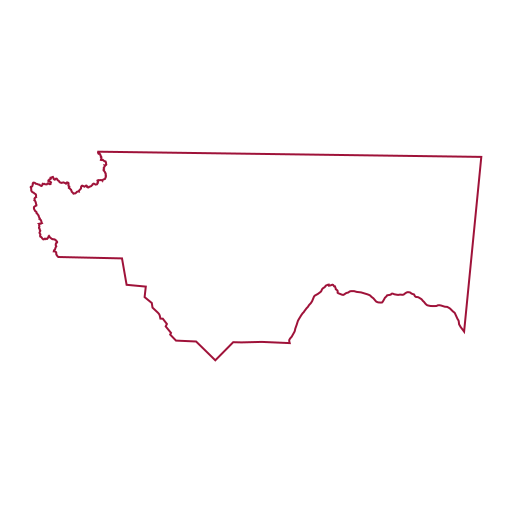 Cushamen, Chubut, Argentina
{"feature_id": "61730980B86195124517763", "entity_name": "Cushamen", "entity_type": "district", "adm_level": 2, "iso_a3": "ARG", "parent_name": "Argentina", "parent_adm1": "Chubut", "projection": "orthographic", "projection_center": [-71.733, -42.473], "detail": "fine", "context": "isolated", "style": "outline", "palette": "rose", "viewbox_px": 512, "rotation_deg": 0, "n_neighbors": 0, "source": "geoboundaries", "source_scale": "gbopen_adm2", "svg_char_len": 5841}
<svg xmlns="http://www.w3.org/2000/svg" viewBox="0 0 512 512"><path d="M98.2,151.7L98.0,152.3L98.3,153.4L98.6,153.8L98.8,153.8L99.3,153.5L100.1,154.2L100.3,154.6L100.3,155.1L100.7,155.7L100.8,156.9L101.3,156.9L101.4,157.2L101.4,158.7L101.0,159.3L100.9,159.9L101.1,159.9L101.3,159.6L101.5,160.0L101.8,160.1L102.9,159.9L103.6,160.6L104.8,161.4L105.5,161.4L105.8,162.0L106.1,163.1L106.0,164.0L106.3,164.6L106.2,164.8L105.4,165.3L105.2,165.6L104.6,165.4L104.8,166.1L104.6,166.6L103.8,167.6L103.7,168.1L103.8,168.6L104.1,169.0L103.5,169.9L103.6,170.4L104.0,170.6L104.2,171.1L104.8,171.8L104.9,172.2L105.4,172.9L105.4,173.5L105.8,173.9L105.8,174.4L105.7,174.7L105.6,175.2L106.0,175.8L105.9,176.5L105.6,176.9L105.7,177.4L105.4,177.8L105.1,178.8L104.9,179.0L103.6,179.4L102.9,179.8L102.6,180.0L102.5,180.4L102.3,180.1L101.9,180.1L101.4,180.3L100.9,180.0L100.0,180.2L98.3,180.1L97.7,180.4L98.0,180.7L97.9,181.1L98.1,181.8L98.0,182.1L97.6,182.3L97.8,182.6L97.8,183.1L97.3,183.7L97.1,184.2L97.0,184.3L95.5,184.6L94.5,183.9L94.0,183.7L93.4,183.7L92.6,184.3L92.4,185.0L91.7,185.5L91.2,186.1L90.3,186.5L89.1,186.8L88.9,187.2L88.3,187.5L87.8,187.4L87.1,187.0L87.1,186.3L86.5,185.6L86.0,185.6L84.5,186.7L83.8,186.4L83.5,186.1L82.9,186.1L82.5,185.7L81.8,185.8L81.7,186.1L81.2,186.5L81.0,187.6L81.0,187.9L81.0,188.5L78.8,190.9L78.9,191.5L78.5,191.4L77.2,191.7L76.8,191.9L76.6,192.2L75.7,193.1L75.2,193.4L74.2,193.4L73.6,193.7L73.3,193.5L73.2,193.1L71.7,191.7L71.5,190.8L71.2,190.3L71.1,189.7L70.3,189.2L70.0,188.6L69.8,188.4L69.0,188.1L68.8,187.9L68.9,187.6L69.4,186.6L69.3,186.4L68.5,185.9L68.4,185.6L68.4,184.7L68.6,184.2L68.5,183.1L68.3,182.8L67.1,182.4L66.7,183.1L66.3,183.6L66.0,183.7L65.9,183.6L65.8,183.3L65.6,183.1L65.1,183.1L63.7,182.5L63.3,182.4L62.6,182.7L62.0,182.7L61.5,182.9L60.6,182.6L60.3,182.6L59.3,181.8L59.2,181.4L58.8,180.9L57.6,180.2L57.3,179.4L56.7,178.7L56.4,178.6L55.8,178.7L55.5,178.9L54.8,179.7L54.0,179.3L53.5,178.7L53.5,178.0L53.2,177.7L52.9,176.9L52.4,177.0L51.5,177.5L50.5,177.7L50.5,177.9L51.0,178.2L50.9,178.6L50.5,179.2L50.2,179.3L49.4,179.4L48.9,180.1L48.5,180.3L48.3,180.9L50.7,182.0L51.0,182.4L50.6,183.3L50.5,184.1L49.7,184.2L49.1,184.0L48.4,183.4L48.0,183.3L47.6,183.4L46.8,184.4L45.1,184.3L44.3,183.8L43.8,183.8L43.0,184.3L42.6,184.0L42.2,185.1L41.7,185.9L41.4,186.0L40.5,185.6L39.8,185.1L39.5,184.7L38.9,184.7L36.9,183.9L35.6,183.7L35.3,183.2L34.7,182.8L33.5,182.6L33.2,182.7L32.8,183.3L32.9,183.7L32.7,184.0L32.8,184.5L32.6,184.8L32.6,185.0L32.5,185.6L32.2,186.3L31.8,186.6L30.8,186.8L30.7,187.3L31.1,187.9L31.2,188.3L31.1,188.9L31.3,189.6L31.2,190.3L31.4,190.9L32.2,192.0L32.7,192.3L33.7,192.7L34.1,193.2L35.1,193.9L35.4,194.0L35.9,194.5L36.1,195.8L35.9,196.7L36.1,197.1L34.8,198.0L34.7,198.4L34.4,198.9L34.7,199.9L34.5,200.3L34.8,200.4L35.6,201.9L35.6,202.2L35.9,202.9L36.0,203.9L36.4,204.7L36.4,205.5L35.2,206.1L34.2,206.8L34.0,207.1L34.0,208.0L33.9,208.1L34.0,208.6L34.2,209.4L35.0,210.6L35.1,211.0L36.3,211.8L36.5,212.6L36.5,213.0L36.6,213.3L37.1,213.5L37.6,214.2L37.9,214.7L38.6,215.5L38.8,216.6L39.5,218.0L39.8,218.4L39.5,218.9L40.0,219.1L40.2,219.6L40.9,220.1L41.4,221.5L41.6,222.6L41.9,223.1L41.1,223.3L40.8,223.7L39.9,223.6L39.0,223.8L39.2,224.0L39.3,224.5L39.1,225.7L39.4,226.5L39.3,227.1L39.0,227.5L39.0,227.9L39.2,228.5L39.8,229.2L39.7,229.9L40.3,230.8L39.5,232.6L39.7,233.4L40.4,234.3L40.1,235.7L40.2,236.5L40.6,236.8L40.9,236.8L41.6,237.4L42.3,238.5L43.3,239.4L44.0,239.3L44.5,238.8L44.9,238.6L45.4,238.7L45.8,239.1L46.5,238.7L47.1,238.9L48.1,237.7L48.1,237.4L48.5,236.9L48.6,236.3L49.0,235.9L49.3,236.3L49.6,236.9L49.7,237.0L49.9,237.3L51.8,238.9L52.4,239.0L52.9,239.3L54.0,239.2L54.5,239.6L55.0,239.6L55.9,240.3L56.3,241.0L56.9,241.4L57.1,241.7L57.1,242.5L56.1,243.1L55.9,243.4L55.9,244.2L55.7,244.6L55.7,245.2L56.3,246.3L55.6,247.4L55.0,249.4L54.3,250.0L54.0,250.4L53.8,251.3L54.6,251.3L56.1,252.2L56.3,253.0L56.2,253.5L56.3,253.9L56.3,254.4L56.6,254.7L56.7,255.2L57.5,256.2L58.3,257.0L122.0,258.4L126.6,284.8L145.8,286.6L144.6,297.1L151.8,303.0L152.5,307.6L158.0,312.8L159.1,314.1L159.7,315.4L160.4,318.6L162.8,318.7L166.9,324.0L165.7,326.4L171.0,332.9L170.2,334.6L176.0,340.6L196.1,341.5L215.3,360.3L233.2,342.2L241.5,342.4L261.9,341.9L289.7,343.1L289.3,341.5L289.2,340.7L289.3,339.9L290.1,338.5L291.7,336.7L294.5,331.7L294.8,330.9L295.3,328.6L296.7,324.7L297.9,320.9L298.7,319.4L301.2,315.3L302.6,313.3L303.8,312.1L304.2,311.4L306.6,308.2L307.8,307.0L309.1,305.0L310.8,303.2L312.1,301.2L314.0,296.6L314.7,295.7L317.9,293.9L320.2,292.2L321.1,291.4L322.1,289.2L322.9,288.3L324.3,287.4L325.2,286.6L325.7,285.7L328.0,284.7L328.8,284.6L329.0,285.7L330.5,285.4L332.4,284.7L333.2,285.0L334.1,286.3L334.9,286.3L335.7,288.5L335.8,289.3L336.5,289.7L337.4,290.5L337.7,291.2L337.6,291.9L337.6,292.7L338.2,293.2L340.5,294.1L342.0,294.7L343.2,294.9L344.3,294.4L345.6,293.4L346.7,292.9L348.3,292.5L349.6,291.5L351.1,291.1L354.0,291.1L356.7,291.9L361.1,292.4L367.4,294.3L369.2,295.0L370.3,295.6L371.4,296.8L373.4,298.3L376.0,301.4L376.6,301.8L378.2,302.4L381.0,302.6L382.2,302.4L383.1,301.1L384.5,298.6L384.9,297.8L386.6,296.2L386.9,295.5L387.7,295.2L389.7,294.9L390.8,294.6L391.4,293.9L392.0,293.6L392.9,293.7L394.4,294.3L397.2,294.8L398.4,294.9L400.0,294.6L402.4,294.8L403.2,294.7L403.9,294.4L405.5,293.1L406.6,292.5L407.4,292.2L408.6,292.2L409.8,292.4L410.5,292.7L411.1,293.3L411.8,293.7L414.1,294.5L414.8,296.0L415.4,296.6L416.1,297.0L417.7,297.1L418.4,297.3L421.2,299.0L421.8,299.5L422.8,300.8L424.0,301.9L425.5,303.8L426.7,304.9L427.4,305.3L429.0,305.7L430.6,306.0L433.9,306.1L436.3,306.0L437.1,305.7L437.8,305.3L439.3,305.2L441.0,305.5L444.8,306.7L447.2,306.9L448.7,307.7L450.1,308.6L452.9,311.4L454.2,312.4L454.8,313.0L457.5,318.9L458.4,320.3L458.7,321.1L459.0,323.5L459.1,324.3L459.5,325.0L460.7,327.1L462.7,329.7L464.1,331.6L481.3,156.9L98.2,151.7Z" fill="none" stroke="#9f1239" stroke-width="2"/></svg>